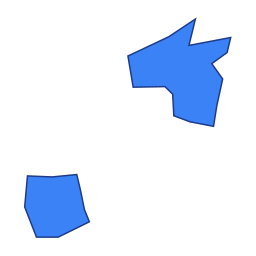 the border of Vaduz, rotated 87°
{"feature_id": "LIE-4895", "entity_name": "Vaduz", "entity_type": "state/province", "adm_level": 1, "iso_a3": "LIE", "parent_name": "Liechtenstein", "parent_adm1": "", "projection": "natural_earth1", "projection_center": [9.545, 47.128], "detail": "fine", "context": "isolated", "style": "filled", "palette": "blue", "viewbox_px": 256, "rotation_deg": 87, "n_neighbors": 0, "source": "natural_earth", "source_scale": "10m", "svg_char_len": 458}
<svg xmlns="http://www.w3.org/2000/svg" viewBox="0 0 256 256"><g transform="rotate(87 128 128)"><path d="M56.1,124.3L39.0,82.5L22.7,55.0L48.7,62.8L43.0,20.7L57.8,25.1L68.1,41.0L84.0,30.9L110.2,38.1L130.8,42.5L125.1,65.7L118.2,81.6L96.6,81.6L88.6,88.9L87.5,120.7L56.1,124.3ZM170.6,230.9L172.9,206.3L171.8,181.6L187.7,178.7L207.1,175.8L219.6,171.5L233.3,203.4L232.2,225.1L201.4,235.3L170.6,230.9Z" fill="#3b82f6" stroke="#1e3a8a" stroke-width="1.5"/></g></svg>